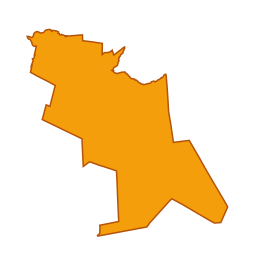 San Juan de Sabinas, Coahuila, Mexico, rotated 175°
{"feature_id": "50627088B66195361398022", "entity_name": "San Juan de Sabinas", "entity_type": "district", "adm_level": 2, "iso_a3": "MEX", "parent_name": "Mexico", "parent_adm1": "Coahuila", "projection": "equal_earth", "projection_center": [-101.349, 28.059], "detail": "fine", "context": "isolated", "style": "filled", "palette": "amber", "viewbox_px": 256, "rotation_deg": 175, "n_neighbors": 0, "source": "geoboundaries", "source_scale": "gbopen_adm2", "svg_char_len": 5245}
<svg xmlns="http://www.w3.org/2000/svg" viewBox="0 0 256 256"><g transform="rotate(175 128 128)"><path d="M164.6,33.6L164.6,31.2L164.9,29.2L165.3,25.5L167.8,23.5L167.7,23.1L167.3,23.0L157.6,23.9L147.5,24.9L117.8,27.8L114.5,31.7L105.8,39.8L93.2,51.5L90.5,53.7L80.8,47.3L55.0,29.0L50.2,25.8L43.8,25.7L35.6,40.6L36.9,43.8L45.3,61.4L50.5,72.3L54.6,81.1L59.7,92.4L68.1,110.3L84.0,109.7L85.1,128.5L86.1,140.5L85.6,159.1L85.5,162.3L85.4,177.0L85.8,178.6L85.9,178.8L85.9,178.7L86.0,178.6L86.2,178.4L86.3,178.3L86.4,178.2L86.5,178.1L87.3,177.6L87.7,177.3L87.9,177.0L88.0,176.8L88.1,176.6L88.2,176.4L88.3,176.2L88.6,175.9L88.8,175.6L89.0,175.5L89.2,175.4L89.4,175.4L89.7,175.3L89.8,175.3L90.0,175.3L90.5,175.3L90.6,175.2L90.8,175.0L90.8,174.9L90.9,174.7L91.5,174.2L91.9,174.1L92.2,174.0L92.3,173.8L92.4,173.7L92.5,173.6L92.8,173.5L93.1,173.5L93.3,173.4L93.5,173.4L93.8,173.4L94.4,173.0L94.6,172.8L95.1,172.4L96.0,171.9L96.6,171.7L96.9,171.6L97.2,171.8L97.3,172.1L97.6,172.4L99.1,172.3L99.3,172.3L99.6,172.2L100.5,172.0L101.0,171.7L101.3,171.1L101.5,170.9L102.5,170.6L103.1,170.4L103.6,170.4L104.0,170.4L104.2,170.5L104.3,170.6L104.7,170.6L104.8,170.6L105.0,170.4L105.9,170.2L106.2,170.2L106.3,170.1L106.5,170.0L106.9,169.9L107.0,169.9L107.3,169.9L107.6,169.9L107.9,169.9L108.2,169.9L108.4,169.9L108.7,169.9L109.0,170.0L109.3,170.3L109.8,170.3L110.0,170.3L110.4,170.4L110.7,170.4L110.8,170.5L111.2,171.2L111.4,171.3L111.5,171.4L111.7,171.5L111.9,171.5L112.1,171.6L112.3,171.8L112.5,171.9L112.8,172.1L113.0,172.2L113.7,172.7L113.9,172.9L113.9,173.1L114.0,173.2L114.0,173.4L114.1,173.5L114.3,173.8L114.5,173.9L114.5,174.0L114.8,174.1L115.2,174.7L115.4,174.8L115.6,175.0L115.8,175.0L116.6,175.1L116.9,175.2L116.9,175.3L116.9,175.9L117.1,176.0L117.4,176.1L117.6,176.2L117.8,176.2L118.1,176.3L118.3,176.4L118.4,176.5L118.6,176.5L118.8,176.6L119.0,176.6L119.4,176.7L119.6,176.7L120.4,177.1L121.4,177.8L121.6,178.5L121.8,178.8L122.4,179.4L122.5,179.7L122.9,180.0L123.4,181.0L123.6,181.2L123.7,181.3L123.8,181.4L123.9,181.6L124.0,181.7L124.7,181.9L124.7,182.3L125.2,182.6L126.1,184.1L129.5,184.1L134.4,183.2L136.6,184.3L139.0,186.8L137.4,186.8L137.6,187.2L137.7,187.5L137.5,188.1L137.2,189.0L136.9,189.2L136.5,189.5L136.3,189.5L135.8,190.0L135.2,190.2L134.8,190.2L134.1,190.8L133.3,191.2L132.9,191.6L132.6,192.9L132.2,193.6L132.1,194.1L132.0,194.3L132.0,194.9L131.5,195.4L131.4,195.3L131.1,195.8L131.3,196.7L131.3,197.4L131.2,198.2L131.2,198.3L130.9,198.6L130.6,198.6L130.5,199.0L130.4,199.1L130.3,199.8L129.4,200.3L128.9,201.6L127.4,202.6L126.8,202.7L126.8,203.1L126.3,203.8L126.2,204.5L126.0,204.9L125.6,205.2L125.4,205.7L125.4,206.3L125.0,206.7L124.8,207.1L124.5,207.4L124.3,207.7L124.3,207.8L124.2,208.0L124.3,208.3L124.4,208.8L124.4,209.1L124.5,209.1L127.0,207.5L127.3,207.3L135.8,201.9L137.0,206.9L137.7,206.2L137.7,206.3L137.9,206.2L138.7,205.6L139.0,205.7L140.1,205.2L141.3,204.9L142.5,205.0L145.0,205.1L146.8,203.8L147.0,203.4L147.3,203.3L146.2,214.5L156.5,217.0L165.5,218.9L165.3,224.7L167.9,224.8L168.9,224.8L168.9,224.7L170.8,224.8L171.1,224.8L174.8,224.8L175.2,224.8L177.2,224.8L178.3,224.8L179.9,224.8L181.0,224.9L180.9,225.2L181.5,225.2L181.4,224.8L181.4,224.6L182.2,224.4L182.6,224.6L182.8,225.5L185.6,226.8L186.3,227.1L186.5,226.6L187.7,226.6L188.2,227.1L188.2,227.9L188.7,228.7L189.4,228.6L188.9,229.5L188.9,229.8L190.5,230.8L190.8,230.8L193.7,231.7L194.2,231.8L195.3,231.0L195.7,231.9L195.8,232.0L196.0,231.6L196.2,232.0L196.7,232.7L197.1,232.9L197.7,233.0L198.7,233.0L199.7,232.9L200.3,232.6L200.6,232.8L200.9,232.9L201.1,232.8L201.5,232.6L202.5,231.8L203.3,230.9L203.6,230.7L204.5,230.3L204.9,230.3L206.6,230.2L207.7,230.7L207.8,230.8L208.1,231.0L208.4,231.3L209.0,231.5L209.3,231.6L209.5,231.7L209.7,231.8L209.9,231.9L210.2,232.0L210.4,232.0L210.8,231.9L211.4,231.7L211.6,231.6L211.8,231.5L212.0,231.5L212.2,231.4L213.2,230.6L213.3,230.5L213.3,230.4L213.5,230.2L213.7,229.9L213.8,229.7L213.9,229.4L214.0,228.8L214.2,228.4L214.3,227.9L214.9,227.1L215.4,226.8L215.8,226.6L216.2,226.6L216.6,226.8L217.2,227.0L218.1,227.6L220.0,228.0L220.4,228.1L220.2,227.4L220.2,226.7L219.9,226.3L219.7,225.6L219.3,225.3L219.0,225.2L218.9,225.2L218.6,225.1L218.3,225.0L218.1,224.9L217.8,224.7L217.5,224.2L217.4,223.8L217.3,223.6L217.2,223.3L217.1,223.2L216.9,222.9L216.8,222.6L216.7,222.5L216.7,222.3L216.7,222.1L216.3,221.2L216.2,220.9L216.3,220.7L216.3,220.4L216.3,220.2L216.2,220.0L216.1,219.8L216.1,219.7L215.9,219.4L215.9,219.2L215.7,218.8L215.1,218.0L214.9,217.9L214.7,217.8L214.6,217.7L214.4,217.6L214.1,217.5L213.8,217.6L212.2,217.5L214.8,209.3L214.7,209.3L214.8,209.2L214.7,209.0L214.5,208.6L215.0,208.3L215.0,208.2L215.0,207.2L215.1,206.8L215.6,206.0L215.6,205.8L217.2,205.2L216.9,204.0L216.7,203.5L216.7,203.3L217.0,202.3L217.1,202.2L218.6,199.2L218.4,199.2L218.2,199.2L219.1,197.5L218.6,197.5L219.5,194.6L220.3,191.9L215.4,188.8L215.4,188.6L205.9,182.7L203.2,181.0L200.5,179.2L196.8,176.7L203.9,156.4L205.7,157.3L207.5,158.2L210.5,149.8L212.7,143.9L211.3,143.0L200.0,136.3L191.0,130.9L174.7,121.2L175.0,117.4L175.8,96.5L175.9,93.6L175.6,93.8L169.2,97.7L158.8,92.9L158.4,92.7L157.8,92.6L143.2,86.3L143.6,75.8L143.7,74.2L143.8,71.1L144.3,61.9L145.0,46.0L145.4,35.7L155.0,34.6L164.6,33.6Z" fill="#f59e0b" stroke="#b45309" stroke-width="1.5"/></g></svg>